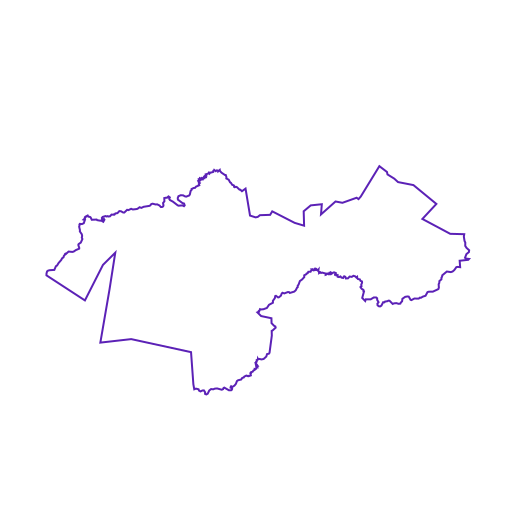 the district of Guazapares, Chihuahua, Mexico, rotated 242°
{"feature_id": "50627088B41160279042816", "entity_name": "Guazapares", "entity_type": "district", "adm_level": 2, "iso_a3": "MEX", "parent_name": "Mexico", "parent_adm1": "Chihuahua", "projection": "mercator", "projection_center": [-108.298, 27.372], "detail": "fine", "context": "isolated", "style": "outline", "palette": "violet", "viewbox_px": 512, "rotation_deg": 242, "n_neighbors": 0, "source": "geoboundaries", "source_scale": "gbopen_adm2", "svg_char_len": 6142}
<svg xmlns="http://www.w3.org/2000/svg" viewBox="0 0 512 512"><g transform="rotate(242 256 256)"><path d="M153.4,442.7L155.0,440.4L156.3,439.7L158.9,442.7L159.5,445.8L161.0,446.9L164.3,445.7L166.7,445.5L169.6,447.1L171.4,447.2L175.5,448.6L177.5,450.1L184.4,437.9L210.6,420.3L217.3,439.7L244.7,428.3L254.6,416.1L259.4,414.4L266.3,410.4L268.7,411.1L277.4,407.1L259.3,376.4L258.1,373.2L260.2,372.2L262.4,357.3L266.8,351.8L262.2,332.9L270.8,338.4L275.0,328.1L273.1,319.1L260.2,312.7L267.1,305.7L287.8,291.3L285.7,287.8L290.2,278.6L289.7,275.9L290.3,273.8L294.5,269.7L320.4,278.4L319.8,274.0L321.9,273.3L322.3,272.6L325.9,271.4L326.5,270.8L326.7,269.5L327.4,269.1L328.2,269.6L328.9,269.5L330.0,268.4L332.4,268.2L333.2,267.7L336.2,267.7L338.4,266.2L339.4,266.9L341.7,267.3L342.1,266.6L345.9,264.6L348.1,264.1L349.0,264.4L348.5,262.3L349.2,262.5L350.0,261.7L349.8,260.3L351.6,259.5L351.2,259.0L351.3,258.4L350.3,257.7L350.9,255.0L351.2,254.7L350.6,253.6L351.7,253.4L351.2,252.4L351.7,250.0L350.7,249.9L351.0,249.5L350.7,248.3L349.6,249.0L349.0,248.8L349.2,248.1L350.3,247.1L350.0,246.7L349.0,246.6L349.4,245.4L348.6,245.0L349.0,244.1L349.7,245.1L350.4,244.8L350.2,243.7L351.1,243.0L350.2,242.3L350.7,241.5L350.2,241.3L349.7,241.6L349.1,242.7L348.8,241.9L349.3,240.2L347.8,240.1L346.8,240.6L346.3,239.2L345.1,239.1L345.4,235.6L344.8,234.1L345.3,232.9L345.4,230.6L344.7,230.3L344.1,228.8L341.4,226.5L340.8,225.4L341.2,222.2L342.2,221.1L343.7,220.2L345.0,218.1L345.2,215.6L343.9,214.1L342.4,213.5L337.3,215.9L336.1,217.1L334.2,216.8L333.8,215.8L335.2,214.8L336.8,211.2L337.6,210.6L343.1,208.1L345.8,206.3L347.3,206.2L348.2,207.4L349.7,206.7L349.2,204.7L349.7,204.0L350.2,202.2L347.3,200.8L346.4,198.8L344.2,198.1L343.4,197.3L343.3,196.3L343.9,195.0L345.9,194.5L348.0,193.0L348.6,191.6L350.7,189.3L351.0,187.9L350.3,186.4L350.3,185.4L352.2,179.9L352.3,177.4L353.7,176.1L353.3,173.5L353.7,172.1L354.9,169.1L356.3,167.9L356.4,164.9L357.3,163.9L356.2,160.1L356.8,159.1L358.9,157.8L359.8,156.4L358.9,153.8L359.6,151.8L359.0,150.5L359.5,150.1L359.4,149.5L360.4,147.9L359.6,145.7L360.2,144.1L360.8,143.8L361.1,142.5L361.9,141.9L362.5,139.0L362.0,137.8L361.0,137.5L360.1,137.7L360.2,139.1L359.2,139.2L357.9,137.2L360.1,135.9L360.2,135.2L362.2,132.6L363.0,132.4L365.1,128.0L367.7,128.1L368.4,127.8L369.5,126.4L370.8,126.4L370.8,124.0L370.7,123.6L370.3,123.7L370.1,122.8L369.6,122.7L369.1,120.9L368.2,121.9L365.8,119.3L365.9,117.3L367.1,115.5L366.6,114.8L365.9,114.6L364.9,113.6L361.5,112.7L360.4,112.0L357.0,112.4L355.3,111.9L354.0,110.8L352.5,110.7L350.1,107.6L349.8,105.0L349.2,104.3L346.0,103.7L345.5,103.3L345.8,99.7L345.5,97.1L345.8,95.8L347.9,92.6L347.3,90.2L347.5,89.2L347.0,88.9L347.3,88.1L346.7,87.6L346.3,86.4L345.2,85.4L345.0,83.7L343.9,82.1L342.5,78.4L341.0,75.9L340.9,74.5L338.4,71.4L340.4,67.0L340.7,65.5L340.5,64.3L338.9,62.8L337.3,61.9L297.1,84.1L320.0,116.7L325.0,133.3L295.3,111.0L252.6,77.9L241.2,106.8L201.6,153.5L172.2,140.5L167.3,138.9L167.1,140.7L165.3,142.7L163.9,142.5L162.5,143.4L162.4,145.6L161.8,146.9L159.5,147.1L158.2,146.3L157.1,147.1L157.1,148.7L159.2,151.6L159.6,153.9L158.4,155.6L158.2,157.4L157.3,159.5L154.0,163.0L153.9,164.4L154.7,165.4L154.7,166.2L150.1,169.1L149.1,171.0L149.2,171.7L149.9,172.6L150.6,172.7L151.7,171.7L152.4,172.3L152.7,172.9L151.7,173.4L151.5,174.0L151.7,176.2L152.6,178.3L154.5,180.4L154.7,181.9L153.9,184.9L154.8,186.6L154.5,188.2L155.0,188.9L155.0,190.9L154.8,191.6L154.0,192.0L153.8,192.9L153.3,193.1L153.0,195.4L155.2,196.0L155.5,196.5L155.2,196.9L155.7,197.3L155.4,198.7L156.1,199.9L156.0,201.0L156.9,201.7L156.3,202.2L156.5,203.6L158.2,204.2L158.4,204.9L157.8,205.2L158.4,205.4L158.2,205.9L159.2,205.8L159.8,204.8L160.5,205.0L160.3,205.6L161.9,205.4L162.0,206.4L162.7,206.6L162.9,207.5L163.8,207.8L163.7,209.0L164.3,209.4L163.9,209.4L163.5,210.7L162.1,212.3L161.5,214.4L162.4,217.9L164.2,219.7L163.7,221.5L164.2,222.5L178.3,232.6L182.5,234.7L182.5,235.8L183.5,239.7L184.7,240.0L185.9,239.2L189.4,238.2L193.8,240.4L200.6,232.3L205.5,230.8L205.3,232.0L205.9,232.1L206.1,232.6L205.8,233.0L207.2,234.6L206.5,235.2L205.5,237.6L205.0,241.2L206.8,244.6L206.8,249.0L208.5,249.9L209.9,252.8L211.6,254.2L211.5,254.9L209.0,256.1L208.8,256.9L209.3,259.4L210.8,261.1L211.1,262.1L209.7,263.4L209.2,267.2L208.6,268.2L207.5,268.5L206.6,273.0L207.1,275.0L208.8,277.4L208.9,278.2L210.2,278.9L210.7,280.1L213.3,283.0L213.6,285.5L214.7,288.7L216.3,289.5L216.3,291.9L216.8,292.5L216.6,293.6L217.5,294.8L216.5,296.8L217.2,297.8L217.5,299.0L218.1,298.9L217.8,299.7L216.9,299.6L216.3,300.0L215.9,301.6L217.0,301.7L217.2,302.3L216.6,302.9L215.9,302.4L215.3,302.6L215.1,303.7L214.3,303.8L214.7,304.8L213.7,304.1L212.3,304.0L212.1,304.4L211.3,303.8L211.3,305.2L210.5,305.5L210.3,306.6L207.7,309.4L206.7,308.7L206.6,309.3L207.2,310.1L206.7,310.6L206.8,311.1L206.0,311.5L206.6,312.6L204.3,312.9L206.0,313.5L206.5,314.3L205.7,314.7L205.4,313.8L204.8,313.9L205.1,316.7L204.7,317.5L203.5,318.4L202.6,317.1L202.2,317.0L201.8,318.2L201.1,318.0L200.8,319.1L199.3,318.4L198.4,319.4L198.3,321.0L196.8,321.3L195.7,322.6L196.7,324.0L196.5,324.6L195.6,325.1L194.0,324.8L193.1,326.7L193.9,329.0L192.6,330.8L192.8,332.7L191.5,334.0L189.9,334.5L190.1,335.5L188.8,335.0L187.8,335.2L186.6,336.7L185.0,336.6L183.8,337.6L182.6,337.1L181.2,335.4L179.8,335.0L179.6,333.7L179.3,333.6L177.2,334.0L175.8,334.9L175.1,334.9L174.6,334.4L174.0,334.7L169.1,330.1L165.0,331.3L166.2,332.6L163.9,336.9L164.1,340.5L162.9,342.7L161.8,343.1L160.3,342.4L157.7,342.5L156.9,340.8L155.4,340.2L154.0,340.8L153.2,341.9L153.3,343.4L155.5,346.6L154.8,347.6L155.2,348.5L154.4,350.8L154.4,352.0L153.8,352.9L149.5,354.2L149.4,355.6L148.5,357.8L146.8,359.5L146.2,361.1L146.9,362.0L147.4,363.7L149.5,365.2L149.9,368.6L149.1,370.9L148.4,371.8L144.8,371.9L144.1,372.5L144.1,375.8L142.0,379.7L142.3,381.2L141.7,381.9L141.8,384.3L141.3,387.0L143.6,390.5L143.4,391.7L141.5,395.4L141.2,400.8L141.2,401.5L142.2,402.6L145.3,404.0L146.2,405.2L147.8,406.2L148.3,408.7L149.8,409.6L150.4,410.6L151.5,411.4L152.7,417.2L150.3,420.5L150.0,422.3L150.5,424.5L152.1,427.7L151.7,429.0L150.3,431.0L156.2,433.6L153.0,441.6L153.4,442.7Z" fill="none" stroke="#5b21b6" stroke-width="2"/></g></svg>